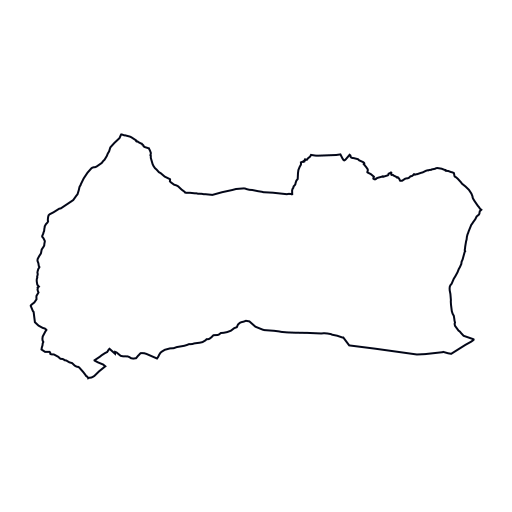 Ocna Sibiului, Sibiu, Romania (Natural Earth projection)
{"feature_id": "2599482B46010461750769", "entity_name": "Ocna Sibiului", "entity_type": "district", "adm_level": 2, "iso_a3": "ROU", "parent_name": "Romania", "parent_adm1": "Sibiu", "projection": "natural_earth1", "projection_center": [24.038, 45.885], "detail": "fine", "context": "isolated", "style": "outline", "palette": "ink", "viewbox_px": 512, "rotation_deg": 0, "n_neighbors": 0, "source": "geoboundaries", "source_scale": "gbopen_adm2", "svg_char_len": 5992}
<svg xmlns="http://www.w3.org/2000/svg" viewBox="0 0 512 512"><path d="M442.5,352.2L443.2,351.9L448.2,353.3L451.2,353.8L465.5,344.8L471.1,341.7L472.8,340.5L473.6,339.8L473.6,339.4L473.1,339.1L463.6,335.8L461.0,333.0L459.9,331.6L458.5,330.6L455.0,325.8L454.6,323.9L455.0,322.6L454.5,320.6L454.3,318.9L453.8,315.8L452.6,313.7L451.8,311.1L451.0,304.8L450.8,301.7L450.9,300.0L450.4,294.0L449.7,290.4L449.6,288.3L449.8,286.6L450.1,285.9L450.5,285.1L451.6,283.8L453.8,278.7L455.2,276.5L457.5,272.3L458.8,269.0L459.8,267.3L461.3,264.0L461.6,261.7L462.6,259.5L464.4,252.9L464.7,251.9L465.2,251.2L464.7,250.2L465.0,248.7L465.2,246.6L466.1,241.2L466.6,239.5L466.9,236.8L467.5,234.4L468.0,233.3L468.7,231.2L471.3,224.8L472.4,223.4L472.9,222.5L475.3,219.2L476.6,216.5L478.9,214.6L479.4,213.6L479.6,212.0L479.8,211.2L481.3,209.8L479.9,208.6L479.1,207.3L477.8,205.8L474.5,201.0L473.0,198.5L472.6,197.4L472.5,196.4L471.4,193.6L468.9,189.8L465.5,186.5L462.0,183.7L460.9,182.2L457.8,178.8L456.1,177.3L454.8,176.6L454.5,176.1L453.9,173.1L452.5,172.4L450.8,172.0L448.3,171.0L445.8,170.8L445.6,170.7L445.5,170.0L444.6,169.9L441.6,168.7L437.2,168.0L435.9,168.3L435.0,168.8L431.8,169.4L431.2,169.8L429.1,170.0L428.3,170.4L427.5,170.3L425.9,170.8L422.7,172.4L421.1,172.8L417.1,174.2L416.5,174.2L414.9,174.7L414.3,174.2L413.9,174.2L413.3,175.0L412.0,176.0L411.4,176.2L410.8,176.2L410.1,176.6L409.1,177.7L407.7,178.3L406.3,178.4L405.0,178.8L402.2,180.7L400.8,180.8L400.1,180.7L399.0,178.4L398.1,177.9L397.7,177.2L396.9,177.5L396.0,176.7L393.3,175.4L392.9,174.9L392.1,174.7L391.5,174.9L391.3,174.6L391.0,173.2L391.6,172.0L390.4,172.9L388.6,173.7L388.3,174.9L387.9,175.3L383.1,176.8L382.8,176.3L381.1,176.9L378.1,177.7L376.3,178.4L376.2,178.8L375.0,179.4L374.2,179.2L373.4,178.7L373.3,178.2L373.6,177.8L373.9,176.7L370.8,174.1L367.6,172.5L367.3,172.1L367.8,170.5L367.7,169.3L366.2,167.1L363.8,164.2L364.3,163.9L364.3,163.3L364.0,162.8L363.3,162.2L359.1,160.3L358.0,159.2L353.7,158.1L352.5,158.0L351.3,157.6L350.6,156.8L350.4,155.5L349.6,154.8L345.7,159.4L345.0,160.0L344.2,160.4L343.5,160.0L342.5,158.5L340.4,154.4L336.2,155.0L317.6,155.7L315.4,155.6L311.0,154.9L310.2,156.5L308.0,158.3L306.8,159.8L305.0,159.3L304.8,159.6L305.0,160.5L304.7,160.8L303.9,161.0L304.1,161.6L303.4,161.9L302.4,161.8L300.9,162.4L301.0,163.8L300.9,164.7L299.7,166.8L298.4,170.0L298.0,173.0L297.7,179.0L296.4,180.6L295.6,182.9L295.4,184.1L294.9,185.0L293.6,186.4L293.3,187.8L292.5,189.0L292.1,190.5L292.2,194.2L291.7,194.3L291.2,193.9L289.9,194.0L289.1,193.8L286.8,194.2L272.8,192.7L263.3,192.2L262.0,191.8L258.1,191.2L252.3,190.0L249.4,189.8L246.6,189.1L245.0,188.5L243.6,188.4L236.0,189.0L232.3,190.0L222.1,192.2L212.4,194.9L205.4,194.2L203.7,194.2L201.7,193.8L197.8,193.7L196.4,193.3L194.6,193.3L190.1,192.8L186.1,192.8L185.0,192.5L184.7,191.9L181.6,189.6L178.1,186.3L176.4,185.4L174.1,184.7L170.7,182.2L169.9,181.3L170.1,179.6L170.0,179.2L164.7,176.6L160.6,173.1L158.9,172.2L156.5,169.5L155.0,168.2L153.5,166.0L152.6,164.1L150.8,157.9L150.8,155.7L150.4,155.2L150.8,153.8L150.8,152.8L149.9,150.4L149.1,148.9L149.0,148.4L144.3,146.9L144.0,146.4L143.5,146.1L143.3,145.3L142.7,144.7L142.3,144.6L141.8,143.7L140.8,143.4L138.5,142.2L137.5,141.4L136.6,141.5L136.2,141.2L136.1,140.4L131.4,137.3L129.9,136.6L125.0,135.3L124.4,135.4L121.6,134.4L121.7,133.8L120.9,134.9L119.6,137.9L119.2,138.4L114.4,142.9L110.5,147.2L110.2,147.8L109.1,151.4L107.8,153.5L106.8,156.0L104.5,159.8L103.3,160.9L101.7,163.0L96.5,166.6L95.0,167.2L93.5,167.3L92.1,167.8L91.3,168.4L87.5,172.7L83.7,178.4L80.8,184.3L80.7,184.9L79.6,186.7L79.4,187.4L78.8,190.1L77.5,194.3L76.4,195.6L73.2,200.1L60.8,208.4L59.2,208.7L53.5,212.3L49.6,214.3L48.6,215.3L48.2,216.7L48.0,217.9L47.8,220.2L48.1,221.2L47.9,221.7L47.5,222.5L45.9,224.2L44.7,226.4L44.7,227.2L44.4,228.4L44.2,230.3L44.0,231.4L43.5,232.4L43.3,233.5L42.2,236.0L42.2,236.7L43.5,238.3L44.8,241.0L44.8,241.6L44.4,243.6L44.2,245.5L43.7,246.5L41.7,249.5L41.0,253.1L40.7,253.8L39.3,255.9L37.7,258.9L37.5,260.1L37.5,260.9L38.4,263.3L38.8,266.0L39.3,266.7L39.4,267.2L38.2,269.2L37.9,270.5L37.7,270.9L37.4,272.8L37.7,273.8L37.7,274.5L37.1,276.9L37.3,277.6L36.8,279.0L36.7,280.4L36.8,281.8L37.3,284.7L38.9,286.6L37.6,287.5L37.8,288.5L37.5,289.6L37.6,290.0L37.9,291.1L38.5,292.5L36.5,295.8L36.4,297.1L36.5,299.3L34.3,302.5L32.2,304.1L31.0,305.2L30.7,305.8L32.9,311.1L33.6,311.9L33.7,312.6L34.9,322.2L38.5,325.6L42.7,327.9L44.8,328.5L46.4,329.8L46.4,330.1L45.5,331.2L42.7,336.5L42.4,338.8L42.6,340.6L43.3,341.8L43.3,342.1L42.7,343.4L42.5,345.3L41.8,347.6L41.5,349.5L45.1,351.9L49.6,351.9L50.2,352.7L50.3,353.9L50.6,354.1L51.9,354.4L53.4,354.4L54.2,354.6L58.4,356.9L59.8,358.3L60.6,358.8L62.7,359.0L64.2,359.8L64.5,360.2L66.3,360.5L69.3,362.3L72.1,363.1L74.7,365.6L76.1,366.4L77.5,366.9L78.3,366.9L79.2,367.5L83.2,372.0L85.5,375.0L86.0,375.9L86.8,376.3L88.1,377.8L88.2,378.2L88.9,377.8L91.1,377.6L92.4,377.1L94.3,376.0L99.1,371.3L105.3,366.3L103.1,364.5L97.8,362.3L94.6,360.6L94.5,360.3L99.9,356.7L101.6,355.3L105.0,353.1L107.2,352.0L108.7,349.6L109.5,348.8L115.0,353.7L115.1,351.9L116.6,352.5L120.5,355.7L120.9,355.9L123.0,356.3L127.6,356.4L129.4,357.1L131.0,358.2L133.3,358.6L136.1,358.2L138.2,355.6L138.7,355.2L140.1,353.6L140.9,353.1L144.1,353.2L146.4,353.9L157.0,358.5L158.2,356.8L159.2,354.7L160.5,352.7L161.7,351.7L164.8,349.8L170.0,348.4L173.7,348.2L176.7,347.1L184.2,345.8L186.9,345.0L189.1,344.1L190.0,344.2L192.4,344.0L194.3,343.4L199.8,342.7L202.5,342.1L205.4,340.4L206.6,339.2L208.1,339.2L209.4,338.8L211.5,337.2L213.1,335.5L213.7,335.2L217.6,335.0L218.8,334.6L220.9,333.0L223.6,332.8L227.1,332.1L230.9,330.7L234.3,328.1L236.8,327.2L238.0,324.5L239.9,322.8L241.3,322.2L243.8,321.6L245.9,320.8L249.4,321.4L255.4,326.7L262.8,329.7L264.4,330.1L274.1,330.8L278.9,331.4L281.4,331.9L287.1,332.4L294.6,332.7L307.7,332.9L321.4,333.5L324.0,333.2L327.4,333.5L330.9,334.1L332.1,334.7L337.1,335.7L342.7,337.6L343.3,337.5L349.2,345.4L375.3,348.7L416.9,354.5L425.2,354.1L442.5,352.2Z" fill="none" stroke="#020617" stroke-width="2"/></svg>